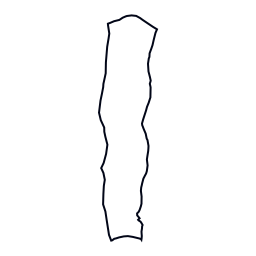 outline of Nyorken, Maryland, Liberia
{"feature_id": "62588387B79277340487156", "entity_name": "Nyorken", "entity_type": "district", "adm_level": 2, "iso_a3": "LBR", "parent_name": "Liberia", "parent_adm1": "Maryland", "projection": "robinson", "projection_center": [-7.856, 5.001], "detail": "fine", "context": "isolated", "style": "outline", "palette": "ink", "viewbox_px": 256, "rotation_deg": 0, "n_neighbors": 0, "source": "geoboundaries", "source_scale": "gbopen_adm2", "svg_char_len": 1641}
<svg xmlns="http://www.w3.org/2000/svg" viewBox="0 0 256 256"><path d="M111.2,240.6L112.3,240.3L114.2,238.8L116.0,238.4L119.1,237.4L123.8,236.4L127.9,236.1L132.8,236.9L139.4,238.5L141.0,239.1L141.4,239.7L141.6,238.4L141.8,236.0L141.6,233.5L141.5,231.5L142.0,228.4L142.1,226.5L142.4,225.5L142.6,225.0L141.4,222.9L140.5,221.6L138.6,220.4L138.1,219.8L139.6,218.3L138.5,216.9L137.2,215.4L137.1,213.4L138.7,211.8L139.6,210.0L140.8,206.5L141.5,203.7L141.5,203.2L141.6,196.5L140.9,190.9L141.2,187.5L141.7,185.5L142.2,183.2L143.4,178.6L145.1,175.3L146.1,173.5L146.8,171.2L147.0,169.9L147.6,165.4L146.9,159.5L147.3,156.7L148.2,151.0L148.3,149.6L148.4,148.3L148.5,145.9L147.5,140.1L146.7,138.6L145.7,133.7L143.5,128.5L142.7,126.3L142.3,125.5L142.1,124.3L142.0,123.5L143.1,119.6L146.1,110.3L147.0,106.9L148.7,102.7L150.4,97.4L150.5,92.4L150.6,87.5L150.4,86.3L149.8,83.8L150.6,81.1L150.7,80.6L149.9,76.9L148.5,71.5L148.0,63.7L148.8,58.4L149.4,57.0L149.6,53.3L151.2,49.0L152.5,45.2L153.8,39.5L155.5,32.8L156.5,30.5L157.0,29.3L155.2,28.2L154.2,27.6L152.9,26.8L145.3,21.7L142.5,19.8L140.2,18.1L136.2,15.9L131.6,15.4L126.9,16.0L125.7,16.4L122.7,17.7L119.4,19.9L114.1,21.2L109.9,23.0L107.9,23.7L108.0,25.1L109.3,33.6L108.6,38.3L107.2,46.7L105.9,62.3L105.7,73.3L104.8,77.5L103.4,83.9L103.2,87.1L101.9,93.9L100.5,100.6L99.1,112.0L99.0,112.6L100.8,120.2L101.7,122.1L104.2,127.5L104.3,131.8L105.4,136.9L106.9,142.7L107.4,144.7L106.1,153.9L103.7,162.8L103.4,163.5L101.2,168.1L103.4,172.9L104.8,179.8L104.6,181.0L103.9,185.4L103.8,186.5L103.4,193.9L103.1,204.4L105.4,211.5L106.7,220.2L109.0,234.9L111.2,240.6Z" fill="none" stroke="#020617" stroke-width="2"/></svg>